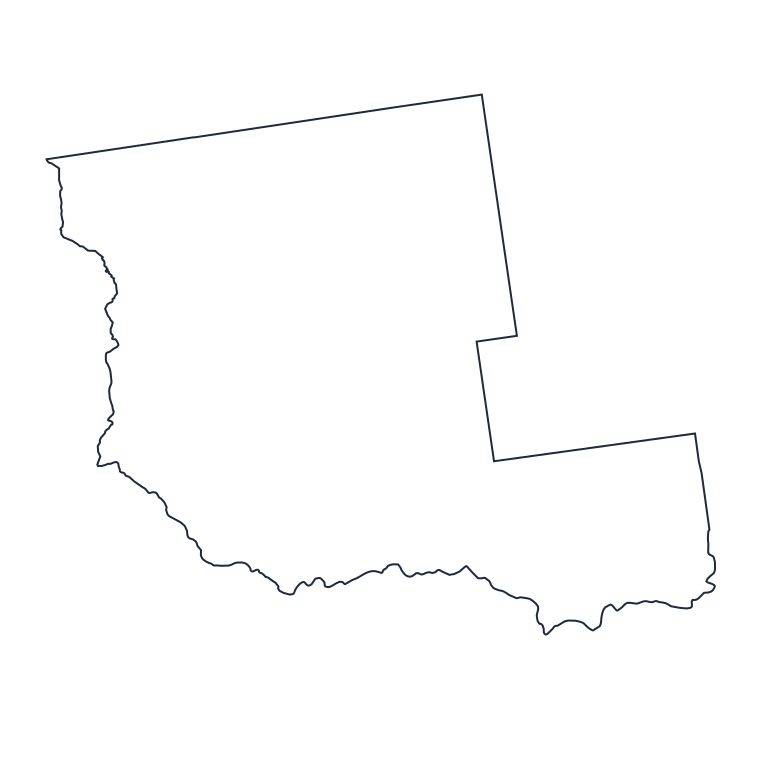 outline of La Paz, Arizona, United States of America, rotated 262°
{"feature_id": "52423323B41781381522782", "entity_name": "La Paz", "entity_type": "district", "adm_level": 2, "iso_a3": "USA", "parent_name": "United States of America", "parent_adm1": "Arizona", "projection": "orthographic", "projection_center": [-114.201, 33.672], "detail": "fine", "context": "isolated", "style": "outline", "palette": "slate", "viewbox_px": 768, "rotation_deg": 262, "n_neighbors": 0, "source": "geoboundaries", "source_scale": "gbopen_adm2", "svg_char_len": 6120}
<svg xmlns="http://www.w3.org/2000/svg" viewBox="0 0 768 768"><g transform="rotate(262 384 384)"><path d="M342.5,89.4L342.6,90.5L342.1,92.8L342.5,96.2L343.4,99.9L343.0,101.6L343.2,102.9L343.9,105.4L344.0,106.6L344.0,108.0L343.4,109.0L342.2,109.8L339.1,109.8L336.7,110.4L334.3,110.4L333.4,111.0L332.9,111.9L332.4,113.5L331.6,114.5L329.1,115.6L328.0,117.7L327.8,118.3L327.2,119.0L322.2,123.2L315.5,130.4L314.1,132.3L312.7,133.5L309.6,135.3L308.9,136.0L308.7,136.8L309.0,140.5L308.2,142.9L307.2,143.8L302.9,145.5L301.6,147.2L297.7,149.9L292.3,151.6L289.6,150.7L284.9,151.5L282.8,153.2L275.2,163.5L271.9,166.4L270.4,167.2L266.0,168.5L261.4,168.3L259.4,168.9L258.1,170.2L256.6,173.4L254.2,175.7L253.1,176.2L249.3,176.9L244.9,179.7L240.7,178.9L238.9,179.0L236.7,179.7L235.1,180.8L233.3,182.7L231.1,185.7L230.3,187.7L228.3,189.8L228.0,190.3L227.5,193.8L226.6,197.5L225.9,204.1L225.9,206.0L226.2,207.6L227.4,211.2L227.6,213.5L227.1,218.0L226.3,220.6L225.4,222.1L224.1,223.6L221.7,225.2L219.9,226.0L218.3,226.0L217.4,226.4L216.8,227.2L216.6,228.0L216.8,229.0L217.7,231.5L217.7,232.7L217.4,233.6L216.9,234.0L215.4,234.2L214.8,234.4L213.5,236.7L211.7,238.4L209.5,239.9L209.2,240.4L208.9,241.5L208.2,242.5L204.2,246.6L202.3,248.9L198.6,251.1L197.9,251.2L196.1,250.7L193.7,251.8L191.1,255.5L188.5,261.6L188.7,264.5L189.2,265.6L192.4,267.4L195.1,269.6L197.7,272.7L198.9,275.0L199.1,276.1L199.1,277.0L198.8,277.5L197.9,278.3L196.9,278.8L195.9,279.6L195.3,280.2L194.9,281.0L194.8,281.7L195.0,282.6L195.8,284.4L200.5,288.7L200.8,289.5L201.0,292.8L200.6,293.9L200.0,294.6L196.4,297.2L195.6,297.4L192.6,297.3L191.7,297.8L191.1,298.9L190.7,300.4L190.6,302.1L192.2,306.5L193.0,308.1L194.1,311.6L194.3,312.7L194.0,314.3L193.3,315.7L191.5,317.0L191.2,317.6L194.2,324.9L195.5,330.1L199.3,339.6L200.1,343.1L200.3,345.0L200.2,347.6L199.7,349.7L198.8,352.0L197.2,355.4L198.0,356.4L199.3,357.1L200.3,358.3L200.9,359.9L201.6,361.0L203.3,362.5L203.9,364.7L204.2,367.7L203.6,372.1L203.3,372.9L200.0,374.7L197.1,375.5L194.5,376.8L192.6,378.0L191.1,379.5L190.1,381.1L189.6,383.0L189.8,384.9L190.3,386.3L192.1,389.4L192.1,391.0L190.1,394.7L190.1,395.9L190.5,397.5L191.0,398.8L191.3,400.6L191.3,402.7L190.2,405.3L190.3,407.5L190.9,409.4L191.8,410.4L192.2,411.5L192.1,412.9L191.4,414.0L190.4,415.1L185.9,422.2L186.1,427.2L187.7,432.6L191.3,438.1L192.2,439.8L192.1,440.5L185.3,445.1L178.7,450.0L178.5,450.5L178.0,453.5L178.1,456.4L177.9,457.1L174.5,460.6L172.9,461.4L170.3,461.9L167.2,463.7L165.9,465.1L163.7,469.2L162.7,472.2L161.9,473.6L159.5,476.6L157.7,478.5L153.6,485.1L153.4,486.1L153.8,489.4L151.9,495.9L150.9,498.4L148.8,500.9L145.6,503.7L143.1,505.2L141.9,505.5L139.7,505.4L133.6,503.0L128.1,503.1L125.1,504.4L124.8,504.9L124.7,505.8L124.3,506.4L122.7,507.5L119.2,508.1L115.6,507.7L114.1,508.4L113.5,509.1L113.4,509.5L113.5,510.3L114.5,512.0L118.1,516.9L120.1,518.9L120.5,519.6L120.6,520.5L120.5,522.4L123.7,529.6L124.0,531.8L124.1,533.7L122.9,540.9L121.2,545.2L120.1,547.3L119.0,548.6L114.0,552.5L111.5,555.5L111.0,556.3L111.0,557.0L114.1,563.8L114.7,564.3L116.2,565.2L118.8,566.0L122.0,566.7L125.3,567.7L129.2,569.5L130.7,570.6L132.1,572.2L133.9,576.8L134.0,577.7L133.1,579.1L127.7,582.6L127.2,583.3L127.2,583.9L129.8,588.7L131.6,590.9L133.0,593.1L133.3,594.3L133.3,596.1L132.3,600.0L131.3,603.5L131.5,605.3L132.6,610.6L132.6,611.9L132.4,613.7L131.1,616.9L130.6,619.2L131.2,622.4L131.0,624.0L129.8,626.0L128.9,629.3L127.9,632.1L126.7,634.1L124.0,637.2L121.3,645.4L120.3,649.3L119.6,653.0L119.7,656.0L120.2,657.3L120.9,657.9L122.2,658.2L124.8,658.3L125.6,658.5L127.0,659.3L127.2,659.8L126.9,661.6L126.9,663.0L127.8,665.4L132.7,671.9L132.4,676.4L132.9,679.0L134.0,680.9L136.3,682.8L137.4,683.4L138.3,683.4L139.1,682.8L140.2,681.3L142.6,676.8L143.8,675.8L145.5,676.8L146.3,677.5L148.4,680.4L150.7,684.2L151.7,684.9L154.4,686.0L161.4,686.9L165.8,686.5L166.9,686.2L167.8,685.6L169.1,683.6L170.3,682.2L171.6,681.7L172.9,681.7L180.2,682.9L185.9,683.2L191.8,684.4L193.1,684.8L194.6,686.0L251.6,686.1L264.1,685.0L291.7,685.1L292.2,482.2L413.1,481.6L413.2,522.3L657.0,521.1L656.5,432.7L654.6,230.2L654.8,229.8L653.5,81.1L652.4,81.3L650.0,82.7L648.7,85.5L642.7,92.3L630.9,90.6L624.9,91.5L623.1,92.3L621.9,91.9L619.9,90.2L615.5,89.4L611.7,89.9L607.9,89.9L604.1,88.7L600.2,89.0L597.2,88.1L591.9,88.3L588.9,88.7L587.8,88.5L587.1,88.2L584.7,87.6L584.0,86.9L583.6,86.2L582.8,85.3L582.2,85.1L581.8,85.0L581.5,85.4L581.5,85.6L580.6,85.8L579.3,85.4L577.5,85.3L573.9,87.1L569.0,95.5L564.7,100.4L562.8,102.0L562.1,104.8L557.3,109.5L555.9,116.7L553.2,118.8L548.8,123.2L548.2,123.0L548.0,122.6L547.7,122.2L546.0,122.7L545.9,123.1L544.3,124.1L542.4,124.0L541.4,123.9L540.7,123.5L540.1,123.6L538.0,125.4L536.6,125.7L536.2,126.1L535.6,126.2L535.6,125.9L535.2,125.1L535.2,124.6L534.6,124.2L533.9,124.6L533.6,125.0L533.9,125.5L533.8,126.2L533.3,127.1L532.8,127.1L532.7,126.9L532.3,126.8L531.8,127.0L529.5,129.4L528.7,129.3L528.2,128.9L527.8,129.3L526.1,131.4L525.2,130.8L524.4,130.8L523.7,131.0L522.8,131.1L521.6,131.1L521.1,131.8L519.8,132.5L515.2,132.3L511.1,132.4L509.7,131.2L508.6,129.8L507.9,129.4L506.9,129.1L506.3,128.5L506.4,127.7L506.1,127.1L503.8,126.7L503.2,126.3L502.7,125.1L502.7,124.2L501.4,121.1L497.3,118.3L494.0,119.1L492.9,119.5L492.1,119.5L489.8,120.2L487.5,121.6L486.1,121.9L485.0,122.4L483.5,123.6L482.2,123.8L478.8,122.3L476.5,120.9L474.1,120.7L473.1,120.4L472.1,120.7L470.4,121.9L468.5,122.2L467.8,121.5L466.7,121.1L466.0,122.1L465.8,123.5L465.5,124.3L464.7,124.9L463.5,125.5L460.7,126.4L459.2,126.3L457.8,124.5L456.7,121.5L454.1,116.9L453.6,114.1L452.9,113.1L450.6,112.4L449.5,112.4L447.7,112.0L444.2,112.0L442.4,113.0L437.3,114.5L433.8,114.8L424.4,114.5L422.2,113.9L418.0,111.5L415.0,110.8L408.2,110.5L402.6,111.3L400.5,111.9L396.2,111.9L394.8,112.5L393.1,112.1L391.6,111.4L391.0,110.3L388.3,106.8L387.3,106.0L386.6,105.7L385.8,106.7L385.6,107.8L384.9,108.8L383.7,109.8L382.4,109.6L381.8,109.3L381.6,108.6L381.6,108.1L379.4,106.1L378.1,105.1L377.8,104.1L377.1,102.8L375.7,101.3L374.6,101.0L373.9,100.6L370.2,96.2L367.6,94.7L365.5,94.6L362.5,91.9L356.6,91.5L351.8,93.0L344.1,88.9L342.5,89.4Z" fill="none" stroke="#1e293b" stroke-width="2"/></g></svg>